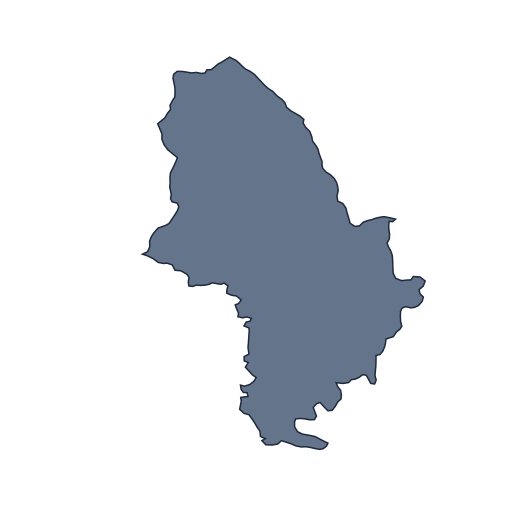 Francisco Badaró, Minas Gerais, Brazil, rotated 124°
{"feature_id": "56859067B77036534058100", "entity_name": "Francisco Badaró", "entity_type": "district", "adm_level": 2, "iso_a3": "BRA", "parent_name": "Brazil", "parent_adm1": "Minas Gerais", "projection": "natural_earth1", "projection_center": [-42.293, -16.987], "detail": "fine", "context": "isolated", "style": "filled", "palette": "slate", "viewbox_px": 512, "rotation_deg": 124, "n_neighbors": 0, "source": "geoboundaries", "source_scale": "gbopen_adm2", "svg_char_len": 3643}
<svg xmlns="http://www.w3.org/2000/svg" viewBox="0 0 512 512"><g transform="rotate(124 256 256)"><path d="M371.7,97.1L372.2,102.2L372.6,106.0L374.8,111.5L377.7,117.9L378.4,123.3L376.1,128.4L372.1,131.2L368.8,132.0L365.6,128.0L363.4,123.7L361.8,119.9L359.0,116.1L354.9,116.3L352.6,119.6L349.6,123.8L344.7,123.3L341.6,120.9L343.1,114.8L344.1,109.8L341.4,106.6L336.4,106.2L331.3,106.6L327.0,105.6L323.6,107.4L320.0,110.8L318.7,115.1L316.2,118.7L313.0,112.6L309.2,108.5L305.2,107.8L302.5,104.8L298.8,102.6L294.8,101.2L293.2,98.0L295.2,93.9L297.5,89.7L295.8,86.1L291.6,87.0L288.6,90.5L285.0,92.5L280.6,94.9L275.5,98.1L271.3,100.9L268.3,98.1L263.8,97.7L259.3,98.6L256.1,99.8L252.2,101.8L249.1,99.5L246.2,97.1L240.7,97.1L235.9,95.7L232.6,95.9L229.5,99.4L225.6,102.4L221.1,105.2L217.5,105.8L214.3,103.6L212.4,98.6L209.8,95.7L206.0,93.5L200.7,92.9L196.4,94.3L195.6,99.1L192.5,102.0L187.4,100.5L182.1,101.8L181.7,108.4L185.0,114.1L189.1,114.1L191.6,117.5L195.0,121.5L196.4,127.7L193.6,132.6L189.6,135.7L185.5,138.6L181.6,141.5L179.0,143.7L176.2,147.5L174.4,151.2L172.0,154.6L167.3,155.0L163.4,157.3L160.0,160.4L156.9,162.8L152.8,165.0L151.1,161.9L147.4,160.9L149.5,166.5L151.8,171.9L154.9,175.3L157.9,178.0L160.9,180.2L164.3,183.3L168.0,186.0L173.0,187.0L176.2,190.5L176.2,196.3L172.0,201.2L169.4,204.5L166.0,208.2L163.9,213.5L164.8,218.9L161.2,222.3L155.7,224.5L152.6,227.3L149.9,230.5L148.0,234.4L147.0,239.8L147.2,244.7L146.1,249.7L143.7,252.1L140.6,254.2L138.1,257.8L135.5,261.4L132.9,264.1L130.7,268.7L129.2,273.3L125.8,276.6L122.7,281.0L121.5,287.0L119.4,291.3L116.0,292.7L115.4,297.9L115.8,303.5L116.2,308.2L115.6,313.8L112.8,317.7L111.7,321.9L111.5,328.3L110.2,333.8L110.3,339.4L109.8,343.5L109.0,347.4L107.8,352.5L106.4,358.4L106.2,364.2L106.9,369.1L106.4,373.4L105.5,377.9L105.0,381.8L105.9,389.1L110.0,390.9L114.4,392.8L118.2,394.9L122.0,395.9L126.5,397.3L129.2,400.9L132.6,400.5L135.1,403.2L137.2,408.2L140.3,411.8L142.0,415.6L144.1,420.1L147.0,424.6L151.4,425.9L155.1,424.2L158.8,420.3L162.1,417.1L166.0,414.4L169.6,412.2L173.2,412.2L179.0,411.6L182.3,408.8L187.4,409.2L192.4,408.8L196.5,410.0L201.3,411.5L203.9,407.6L207.4,402.2L211.7,399.4L215.0,394.7L217.2,388.8L217.9,381.8L218.4,376.2L222.0,375.3L226.9,374.5L230.9,373.9L234.7,373.5L239.1,371.2L243.4,368.1L247.2,366.0L249.8,363.2L252.6,360.5L256.2,359.0L258.0,355.8L256.2,350.9L258.4,347.5L262.5,346.5L267.3,346.3L272.0,346.3L277.7,346.3L280.9,347.9L283.7,349.9L287.6,352.8L293.6,353.6L298.2,353.6L303.2,352.5L307.8,349.2L313.1,348.3L317.9,351.1L316.5,345.7L315.7,340.0L316.0,333.4L314.0,328.7L311.6,325.5L310.2,320.5L313.1,315.2L310.2,309.8L309.8,303.0L311.2,299.5L315.3,297.7L318.4,294.9L316.5,291.3L313.4,289.1L311.4,285.5L308.5,281.8L305.6,279.0L302.7,277.4L301.0,273.4L299.1,269.3L296.3,267.3L296.4,262.7L300.3,261.2L303.2,259.5L302.2,254.3L300.1,249.9L300.8,243.7L305.2,243.9L308.2,245.9L310.5,242.7L313.1,238.6L316.4,237.0L314.8,232.6L311.7,229.6L310.2,225.0L313.4,224.5L316.2,227.2L320.7,226.9L319.6,221.5L322.6,219.3L325.8,217.5L329.1,215.6L332.1,213.8L336.3,211.5L341.3,207.0L346.0,209.6L349.6,207.1L348.6,202.8L354.1,202.7L355.3,197.7L356.6,192.4L356.6,187.9L361.1,187.7L366.0,189.3L370.4,192.8L371.7,196.7L374.8,193.9L376.2,190.2L374.3,186.9L377.0,184.0L379.4,187.0L381.8,189.6L384.7,187.0L388.0,185.6L392.3,183.8L393.1,177.8L391.5,173.1L393.1,168.7L395.2,163.5L397.4,159.1L399.0,154.8L403.1,151.4L402.2,146.1L405.8,147.9L407.0,142.3L403.6,136.8L399.6,132.8L394.8,131.6L393.1,125.5L392.1,121.9L391.1,116.7L389.1,111.9L386.1,107.8L384.2,103.6L382.5,99.1L380.6,94.9L378.1,92.5L374.3,91.3L370.9,91.7L371.7,97.1Z" fill="#64748b" stroke="#1e293b" stroke-width="1.5"/></g></svg>